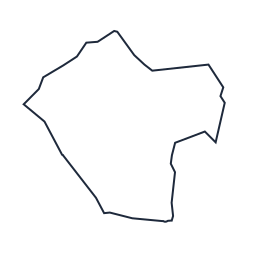 the district of Taishir, Govi-Altay, Mongolia, rotated 262°
{"feature_id": "93677404B52010246121737", "entity_name": "Taishir", "entity_type": "district", "adm_level": 2, "iso_a3": "MNG", "parent_name": "Mongolia", "parent_adm1": "Govi-Altay", "projection": "mercator", "projection_center": [96.271, 46.587], "detail": "fine", "context": "isolated", "style": "outline", "palette": "slate", "viewbox_px": 256, "rotation_deg": 262, "n_neighbors": 0, "source": "geoboundaries", "source_scale": "gbopen_adm2", "svg_char_len": 814}
<svg xmlns="http://www.w3.org/2000/svg" viewBox="0 0 256 256"><g transform="rotate(262 128 128)"><path d="M109.6,60.1L63.3,86.6L47.0,92.5L46.8,98.2L38.0,119.7L31.0,149.2L31.0,149.8L30.7,150.2L30.5,150.6L30.2,151.0L30.0,151.9L30.0,152.4L30.0,152.7L30.0,153.0L30.1,153.3L30.2,153.6L30.3,154.0L30.5,154.4L30.5,155.0L30.5,155.6L30.4,156.1L30.4,156.5L30.4,157.0L30.3,157.6L30.3,158.0L30.2,158.4L34.6,160.4L47.9,160.8L77.7,168.4L86.7,165.4L94.9,167.7L106.8,172.6L113.8,203.6L101.6,212.8L139.5,227.3L146.7,224.0L155.0,228.0L179.6,216.5L181.4,160.0L188.5,153.1L199.3,144.3L224.8,130.8L226.0,127.8L217.6,109.9L218.3,98.6L205.9,87.4L199.0,72.6L190.0,51.1L179.0,45.1L166.0,28.0L146.0,46.2L110.7,59.0L110.4,59.4L110.2,59.7L110.2,59.8L109.9,59.9L109.8,60.0L109.6,60.1Z" fill="none" stroke="#1e293b" stroke-width="2"/></g></svg>